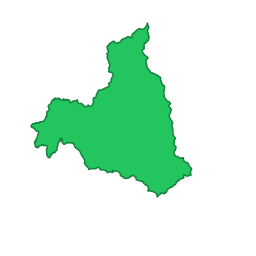 outline of Galyani Vadhana, Chiang Mai, Thailand, rotated 140°
{"feature_id": "78962969B83448610007189", "entity_name": "Galyani Vadhana", "entity_type": "district", "adm_level": 2, "iso_a3": "THA", "parent_name": "Thailand", "parent_adm1": "Chiang Mai", "projection": "natural_earth1", "projection_center": [98.331, 19.015], "detail": "fine", "context": "isolated", "style": "filled", "palette": "green", "viewbox_px": 256, "rotation_deg": 140, "n_neighbors": 0, "source": "geoboundaries", "source_scale": "gbopen_adm2", "svg_char_len": 5921}
<svg xmlns="http://www.w3.org/2000/svg" viewBox="0 0 256 256"><g transform="rotate(140 128 128)"><path d="M184.7,121.6L181.8,120.1L180.7,119.3L179.5,118.0L178.6,117.5L176.8,117.4L175.7,116.8L175.6,116.1L176.0,114.5L175.5,113.1L175.3,112.7L174.6,112.5L173.6,111.8L172.5,109.4L172.3,108.4L172.5,107.2L172.3,106.9L170.2,106.3L169.6,105.8L168.8,104.2L168.0,103.7L167.0,105.1L166.0,103.5L165.0,102.9L164.2,101.6L163.7,101.4L163.3,101.0L163.4,97.8L164.3,96.5L164.0,95.7L164.0,95.1L163.3,94.3L163.2,92.6L162.9,91.5L162.2,91.0L161.9,91.0L161.3,90.2L160.2,89.5L158.7,89.3L157.7,89.6L157.2,88.8L155.8,89.0L155.2,88.8L154.4,88.0L154.0,87.2L154.1,85.6L153.8,85.3L153.7,84.7L154.8,83.6L154.8,83.3L154.3,81.7L153.3,80.4L152.0,78.4L150.9,77.5L151.5,75.9L151.5,75.0L151.2,74.0L151.3,73.1L150.1,71.6L150.4,70.8L150.9,68.2L151.2,68.0L152.1,67.8L152.9,67.3L153.1,66.7L151.7,66.0L150.3,63.8L149.7,63.5L149.4,62.4L148.5,60.9L148.4,60.1L148.8,57.8L149.2,57.4L149.7,57.1L149.8,56.8L149.6,56.4L147.7,56.8L146.0,56.5L144.5,57.1L142.3,54.2L141.5,54.5L140.1,54.1L138.9,54.6L137.9,55.5L137.3,55.6L134.3,55.2L133.4,55.5L132.6,54.6L131.8,54.4L129.3,54.9L128.6,54.3L128.1,54.2L126.6,54.8L126.1,55.4L125.2,55.3L124.4,55.8L123.1,55.0L121.7,55.3L119.7,55.1L117.8,54.0L117.1,54.2L115.7,56.2L115.3,56.0L114.4,54.7L114.0,53.3L113.4,53.1L112.5,52.5L109.8,51.5L109.4,52.7L108.7,53.8L107.0,55.1L105.8,55.4L105.3,57.5L105.7,59.4L104.8,61.4L104.7,62.6L104.9,63.5L106.1,65.1L106.3,66.7L106.1,67.8L105.5,68.7L104.8,69.3L104.8,69.5L105.5,70.3L107.6,71.5L107.9,72.1L108.4,74.6L109.8,75.5L109.8,76.3L109.3,77.6L109.1,79.1L107.7,80.4L105.9,80.6L104.9,81.6L103.7,82.2L103.3,83.0L103.7,84.2L103.0,86.4L101.4,87.2L100.8,88.8L98.8,89.2L98.2,89.8L98.0,92.6L97.6,94.3L94.2,98.6L92.3,102.7L91.1,102.6L90.5,103.0L90.3,104.5L89.8,105.4L89.8,107.4L89.0,110.3L87.2,111.9L85.8,112.3L83.3,114.1L82.9,114.5L82.6,115.2L82.9,117.1L82.8,118.9L79.8,119.2L79.9,120.2L79.4,121.5L80.4,122.7L80.6,123.3L80.5,128.1L77.8,132.2L75.5,134.1L73.1,136.5L73.0,137.0L73.6,138.2L73.1,141.5L72.2,143.1L72.1,143.9L71.9,144.4L70.5,145.8L71.4,147.4L71.3,148.8L72.2,150.5L73.2,153.1L74.8,156.0L74.4,159.6L74.6,161.4L74.2,163.0L73.1,164.2L72.9,165.1L71.9,166.5L71.8,167.6L70.0,168.5L68.0,168.6L67.5,168.9L67.6,169.9L68.4,172.8L68.4,175.5L67.8,177.7L67.0,178.4L64.7,178.3L63.7,179.7L62.7,180.4L62.2,181.7L61.7,182.2L60.9,182.2L60.0,181.6L58.8,182.3L57.4,181.9L55.6,182.1L54.5,183.5L53.2,184.2L52.8,186.0L52.0,186.9L51.2,188.5L51.0,189.6L50.4,189.9L49.8,190.8L48.6,191.0L47.1,192.1L47.0,193.5L46.5,194.2L46.1,195.4L45.1,195.9L46.1,195.7L47.5,194.4L51.5,193.6L53.6,194.3L55.4,196.7L56.3,197.2L60.2,197.2L61.4,197.0L63.6,197.2L64.8,196.9L65.9,195.8L66.5,194.9L67.2,194.7L68.1,196.6L69.8,198.2L71.6,198.4L74.1,199.3L75.6,199.6L77.0,199.5L78.4,198.9L81.6,199.7L82.2,201.0L83.0,201.8L83.0,203.2L83.1,203.6L83.5,204.0L85.9,204.1L87.0,204.5L89.2,204.1L91.0,204.1L92.1,203.4L92.5,202.7L93.4,200.6L94.2,199.4L94.5,198.5L95.0,198.2L96.6,198.4L97.0,196.5L98.6,195.6L99.2,194.0L99.4,192.8L100.1,191.6L101.8,187.2L104.0,186.5L104.5,185.9L105.0,184.5L105.8,184.3L106.4,183.7L106.5,183.3L106.2,182.7L104.9,181.3L104.7,180.8L105.4,177.8L105.8,177.4L108.1,176.8L109.7,176.1L110.2,175.7L110.8,174.4L111.2,174.1L113.0,174.7L114.1,174.6L114.6,174.0L115.2,172.7L115.8,172.1L116.3,172.1L119.8,173.3L123.9,174.2L124.5,174.5L125.1,175.3L126.2,175.7L127.2,175.6L129.4,174.4L130.6,174.1L131.7,172.9L132.4,172.4L133.8,172.4L134.4,173.1L134.9,173.1L136.2,172.4L138.1,169.7L139.6,169.1L141.0,168.2L143.2,169.0L143.6,169.9L143.8,171.2L146.2,170.8L147.0,172.0L147.5,173.0L147.3,174.0L148.2,174.7L147.7,176.4L148.4,177.3L149.4,177.8L149.9,178.4L150.0,179.9L149.8,180.7L149.4,181.2L148.6,181.6L148.6,181.8L152.2,183.4L153.1,184.1L154.5,183.9L156.0,184.5L156.0,184.9L155.2,186.1L155.2,187.2L155.6,188.0L156.4,188.6L156.4,188.1L157.0,188.3L157.2,188.8L157.2,189.6L157.6,189.7L158.1,190.5L158.5,190.2L158.5,190.9L158.9,191.1L158.8,191.7L159.1,191.7L159.6,191.1L160.0,191.3L161.0,192.4L161.3,193.2L162.0,193.8L161.9,194.2L161.6,194.3L162.1,195.4L163.2,196.2L164.5,196.5L164.6,197.5L165.1,197.1L166.0,197.5L166.0,197.8L166.4,197.7L166.6,197.1L167.0,197.2L167.6,197.7L167.7,198.0L167.9,198.0L169.3,197.5L170.6,196.7L172.6,196.2L174.0,196.4L174.8,196.2L175.8,194.7L175.8,193.1L176.0,192.8L177.2,192.7L178.1,192.3L179.0,192.6L179.8,192.4L181.4,190.8L181.8,189.9L182.6,189.1L183.7,189.5L184.4,188.5L187.5,187.6L189.3,187.7L191.5,189.4L193.1,189.0L194.0,190.3L194.8,191.0L197.3,191.8L198.3,192.5L199.0,192.5L200.0,192.2L201.1,191.6L201.4,191.1L200.7,189.1L200.0,188.1L199.9,187.3L200.2,186.8L200.3,186.1L200.1,184.7L199.1,183.2L199.0,182.3L202.0,180.3L203.0,179.8L204.4,178.7L206.0,178.5L207.2,177.1L207.7,177.0L207.9,177.5L208.3,177.6L208.8,177.0L209.7,175.4L209.9,174.5L210.9,173.5L210.7,172.8L210.2,172.5L210.5,172.0L210.2,171.2L209.7,171.3L208.8,170.8L207.0,171.4L206.4,170.9L206.0,170.8L205.8,170.5L205.0,170.5L204.5,169.8L203.8,169.8L203.9,168.9L203.5,168.7L203.2,168.0L202.4,168.0L201.7,166.2L202.4,164.9L202.8,164.5L203.4,164.4L204.4,163.8L205.0,163.2L205.4,162.0L206.9,160.4L207.5,159.2L207.8,158.2L207.9,157.2L207.9,156.4L207.4,155.8L206.0,155.9L205.0,156.6L204.2,156.5L203.7,157.5L203.4,157.5L202.7,157.1L201.8,156.9L201.1,157.3L200.6,156.6L199.7,156.2L199.0,156.3L198.3,156.8L196.9,156.7L196.1,157.2L195.5,158.2L192.6,160.1L191.7,161.2L191.0,161.3L190.5,161.6L189.4,161.5L188.5,161.8L188.0,162.7L186.9,163.7L185.9,162.9L185.6,162.1L186.2,162.1L186.5,161.8L186.1,161.1L186.5,160.6L187.1,160.8L187.0,159.9L187.6,159.7L187.7,157.0L187.2,156.7L186.9,156.2L186.2,156.3L183.9,155.6L183.4,155.6L182.7,154.3L181.4,153.7L180.2,151.5L179.6,151.3L180.0,150.6L179.8,149.6L180.8,147.7L181.0,146.8L180.5,145.6L180.1,143.0L179.8,141.8L179.8,140.8L180.4,139.5L181.2,136.3L181.2,135.0L181.9,131.0L182.8,130.3L183.2,129.5L184.1,128.9L184.1,127.0L184.3,126.0L184.1,124.4L184.1,122.4L184.7,121.6Z" fill="#22c55e" stroke="#15803d" stroke-width="1.5"/></g></svg>